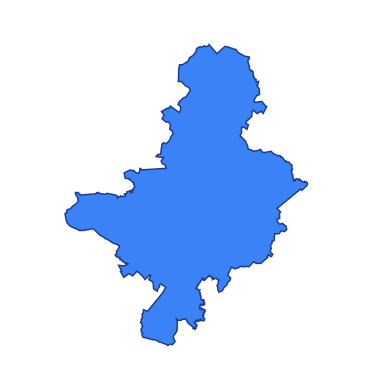 the district of Kalvenes pag., Aizputes, Latvia, rotated 321°
{"feature_id": "27541924B69386749223105", "entity_name": "Kalvenes pag.", "entity_type": "district", "adm_level": 2, "iso_a3": "LVA", "parent_name": "Latvia", "parent_adm1": "Aizputes", "projection": "mercator", "projection_center": [21.699, 56.611], "detail": "fine", "context": "isolated", "style": "filled", "palette": "blue", "viewbox_px": 384, "rotation_deg": 321, "n_neighbors": 0, "source": "geoboundaries", "source_scale": "gbopen_adm2", "svg_char_len": 6071}
<svg xmlns="http://www.w3.org/2000/svg" viewBox="0 0 384 384"><g transform="rotate(321 192 192)"><path d="M176.9,278.7L180.4,280.1L182.4,280.0L185.8,283.2L187.9,284.3L189.2,285.9L196.2,285.1L196.9,287.8L200.6,290.8L209.9,290.4L209.7,289.6L212.1,288.7L212.6,291.9L213.4,292.1L215.6,291.1L215.0,288.5L216.3,286.6L218.0,285.8L219.3,283.0L222.3,282.0L223.1,280.7L225.3,281.5L230.0,276.4L232.6,278.7L234.1,279.2L236.2,278.3L237.9,279.2L238.4,280.6L240.8,281.1L242.1,280.6L243.6,277.6L242.5,274.4L242.8,273.5L239.7,272.0L239.9,268.5L240.9,266.7L243.5,267.7L246.7,263.5L248.3,263.2L247.6,258.3L278.3,258.0L278.3,259.6L279.4,259.8L285.7,259.2L287.3,257.9L287.4,257.3L287.0,256.0L286.0,255.7L286.4,255.1L286.0,254.4L285.2,254.8L284.2,253.8L284.1,252.0L283.6,251.5L283.9,250.8L282.6,250.0L283.3,249.3L282.4,249.2L281.9,247.8L280.8,247.2L279.9,247.1L280.0,247.5L279.2,248.0L279.0,247.3L278.3,247.3L279.1,246.7L278.8,245.1L279.5,244.4L279.3,244.0L280.5,243.2L280.5,242.5L281.3,241.7L281.2,240.4L282.5,238.6L282.5,237.9L284.3,237.8L284.6,236.3L286.7,233.8L285.9,231.6L286.3,230.0L284.3,227.9L284.6,227.1L283.8,226.9L284.0,221.9L283.2,220.7L283.5,220.4L283.2,219.0L281.6,217.8L279.4,213.4L279.1,210.1L273.3,207.1L271.8,205.4L272.0,201.9L269.0,201.2L265.4,198.8L263.8,195.4L263.2,195.0L263.0,192.7L264.1,191.6L265.5,186.2L265.1,180.4L264.5,179.7L264.6,178.7L267.8,177.1L271.3,172.9L273.0,174.0L274.2,177.9L278.2,175.1L277.0,173.0L278.3,171.4L285.9,170.9L289.5,167.1L291.1,167.2L291.9,172.0L296.6,172.7L296.7,175.7L303.8,172.6L303.3,171.2L303.3,165.6L297.0,161.7L298.0,159.7L303.0,157.8L305.1,158.6L306.3,158.4L306.8,156.9L307.9,156.1L309.2,153.8L309.4,150.2L310.7,150.0L313.3,147.9L311.0,147.0L312.7,144.7L311.8,142.7L312.7,141.5L312.5,141.0L315.1,136.9L315.1,136.2L314.6,135.9L314.7,135.4L314.2,135.2L314.6,134.7L314.5,133.9L314.0,133.5L314.2,131.9L315.6,130.9L316.5,128.0L317.2,127.2L317.1,126.1L318.7,124.7L319.8,124.8L321.5,123.1L318.3,119.5L315.8,113.1L315.5,112.1L316.0,108.9L314.3,107.4L313.5,105.2L312.3,104.2L311.8,102.6L309.2,99.6L298.4,100.1L298.0,88.1L296.6,88.6L294.5,87.9L293.6,87.1L293.5,86.0L291.4,86.0L289.5,84.1L286.4,83.4L285.0,83.9L284.6,85.0L278.8,86.6L274.7,86.1L271.2,87.9L264.7,87.1L262.4,85.3L259.0,88.2L250.9,97.7L253.2,99.2L253.8,105.7L255.4,108.8L254.6,112.0L246.9,114.4L245.2,113.5L239.2,113.7L236.1,115.3L236.8,117.3L236.4,119.3L234.1,121.5L232.0,122.1L229.2,111.6L226.3,112.5L225.3,111.2L218.9,110.3L218.7,114.8L214.8,116.2L215.9,121.4L217.6,122.5L217.9,125.2L216.9,127.1L214.1,129.1L215.0,132.0L213.7,135.1L210.0,135.8L208.5,137.3L204.5,138.1L202.0,138.0L200.8,135.7L198.8,135.9L191.9,142.4L190.6,142.4L188.9,141.3L186.4,141.8L191.5,147.4L187.5,148.5L186.8,151.0L188.2,154.6L186.6,157.2L167.6,143.7L166.3,140.9L164.2,143.1L162.0,143.7L160.6,141.7L160.3,138.5L159.3,138.0L157.7,135.9L151.2,134.5L148.7,139.4L151.7,142.3L151.0,142.8L151.9,144.5L152.0,147.4L152.6,147.7L152.6,148.7L151.5,149.2L151.3,150.7L150.5,152.0L148.6,152.4L148.6,153.0L147.3,153.5L146.6,153.5L147.0,152.8L146.5,152.7L145.7,154.4L144.9,154.1L144.9,153.3L144.4,153.9L144.4,151.8L142.7,151.7L141.7,150.8L140.7,151.8L139.3,151.8L138.4,150.9L138.0,151.2L138.5,152.3L137.1,153.1L135.9,152.7L135.4,151.4L134.2,151.0L134.1,150.2L132.9,150.6L131.7,148.9L130.5,149.7L131.2,147.8L130.8,146.4L125.2,139.6L123.3,139.5L118.9,134.5L119.0,133.4L117.2,132.5L116.2,133.0L103.3,124.1L103.6,122.8L103.2,122.0L103.3,120.8L101.1,119.1L100.2,120.2L99.8,121.4L99.9,123.4L98.1,127.2L95.8,128.2L90.1,127.9L86.8,128.5L83.9,127.2L82.9,127.8L81.9,129.5L80.3,128.7L79.4,129.4L76.8,134.2L75.6,137.0L75.6,141.0L77.6,145.8L78.7,147.4L80.4,151.2L83.6,153.7L91.5,157.9L92.3,159.3L93.3,167.5L94.8,171.2L95.4,174.2L96.3,175.0L98.6,182.4L101.4,186.4L101.0,187.0L101.6,188.1L101.3,188.8L95.9,190.7L94.2,192.8L92.8,192.5L92.4,193.7L93.1,194.4L92.8,195.7L93.6,196.0L93.9,197.2L94.7,197.5L94.0,198.1L93.5,199.5L94.7,200.5L94.1,202.1L95.1,203.8L95.3,205.6L96.1,205.4L97.2,207.6L93.1,206.9L88.8,202.8L87.5,209.3L86.4,208.7L85.3,215.4L91.8,215.8L93.0,219.8L99.5,219.0L100.6,225.9L100.5,230.5L106.7,229.8L107.4,230.9L103.2,232.9L105.0,237.5L101.3,243.0L101.8,245.2L102.6,247.3L104.5,245.8L107.4,245.1L108.0,243.8L109.9,244.0L111.7,249.4L106.3,251.8L82.5,256.7L80.2,253.0L77.8,255.5L76.8,255.4L75.9,256.3L74.2,258.6L72.5,259.0L71.4,260.3L69.7,261.1L70.3,262.2L69.4,263.7L69.2,265.3L66.1,266.5L64.6,268.9L64.9,269.2L64.8,270.7L63.5,271.0L62.5,273.8L68.3,281.8L70.6,284.1L72.2,288.2L73.2,289.3L76.3,294.6L76.7,296.1L78.3,296.1L79.8,297.1L80.5,298.3L84.7,297.6L86.2,292.6L92.9,290.5L98.3,284.5L100.1,280.9L100.4,283.0L102.5,284.8L104.4,284.9L107.2,286.8L106.5,291.8L107.8,297.5L106.9,298.7L108.7,299.4L107.9,299.7L107.7,300.6L109.2,300.4L109.1,299.6L111.6,299.2L111.9,298.6L111.4,298.0L112.1,297.4L111.8,295.0L112.5,295.6L113.8,294.5L115.0,296.3L115.7,296.1L115.0,295.3L116.2,294.8L116.9,295.5L116.1,296.4L117.5,297.3L118.5,296.5L119.1,298.7L120.5,299.6L121.9,298.6L121.6,298.4L122.0,297.5L121.5,296.5L122.3,296.2L122.3,295.3L123.3,295.3L123.1,294.5L123.7,293.9L125.1,294.2L125.2,293.1L126.8,293.1L126.6,292.5L128.5,291.6L127.8,291.7L127.0,289.9L125.7,289.8L126.2,289.5L125.9,289.0L126.4,287.9L124.7,287.6L125.1,286.3L127.6,284.9L127.4,285.7L129.1,285.5L129.4,286.2L129.1,286.8L130.9,287.4L131.3,286.8L130.6,286.2L132.0,285.9L131.6,285.3L133.1,283.9L132.1,283.1L132.8,282.7L131.6,281.6L131.5,281.0L133.8,277.7L133.5,276.9L133.8,276.3L134.9,275.8L134.6,274.4L136.4,273.2L135.4,272.4L135.7,271.5L134.6,270.6L134.3,269.6L136.2,269.0L136.1,268.3L138.3,268.4L139.1,267.5L140.2,267.8L142.9,266.5L144.9,266.4L145.7,265.5L146.0,265.7L145.5,266.4L146.2,266.3L146.6,267.1L145.6,267.8L146.0,268.5L152.6,267.7L152.4,268.5L153.3,268.7L153.0,269.3L153.9,270.5L153.3,271.5L154.4,271.9L154.2,272.5L153.1,273.0L156.7,274.3L156.6,275.7L157.5,277.1L157.6,277.5L156.1,278.0L154.6,279.7L152.5,280.5L152.0,282.4L150.6,284.1L149.9,286.8L153.3,287.8L156.9,286.4L159.8,286.4L163.7,284.5L165.4,284.8L167.9,283.3L167.4,282.0L167.8,281.6L167.3,279.6L167.6,279.0L175.0,275.4L175.5,275.6L176.9,278.7Z" fill="#3b82f6" stroke="#1e3a8a" stroke-width="1.5"/></g></svg>